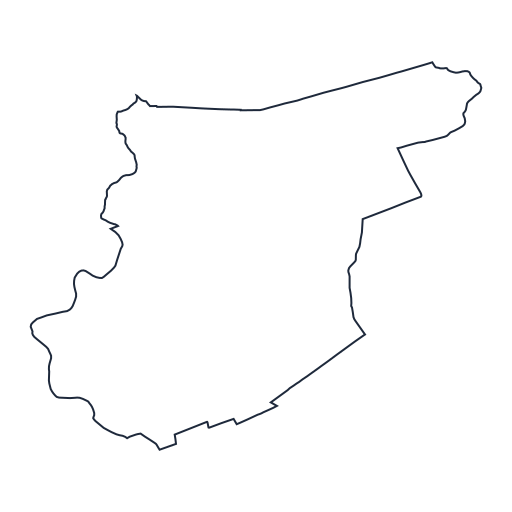 outline of Ghimpeteni, Olt, Romania
{"feature_id": "2599482B72624598391885", "entity_name": "Ghimpeteni", "entity_type": "district", "adm_level": 2, "iso_a3": "ROU", "parent_name": "Romania", "parent_adm1": "Olt", "projection": "robinson", "projection_center": [24.795, 44.293], "detail": "fine", "context": "isolated", "style": "outline", "palette": "slate", "viewbox_px": 512, "rotation_deg": 0, "n_neighbors": 0, "source": "geoboundaries", "source_scale": "gbopen_adm2", "svg_char_len": 5965}
<svg xmlns="http://www.w3.org/2000/svg" viewBox="0 0 512 512"><path d="M365.0,334.5L355.2,320.6L354.1,318.8L353.9,318.1L353.5,317.2L352.8,312.2L352.0,307.5L351.2,306.0L351.4,303.1L351.2,298.1L350.5,292.8L349.6,287.9L349.6,282.6L349.6,276.4L349.1,274.1L348.4,272.0L348.3,270.5L349.0,268.1L350.2,266.5L354.2,262.4L355.4,261.0L355.8,259.8L355.9,255.0L356.1,253.7L357.1,251.6L359.4,246.9L360.1,243.4L360.6,239.2L361.9,232.5L362.7,219.1L391.3,208.2L405.3,202.6L420.9,196.7L421.4,195.8L421.2,194.3L420.9,193.5L420.4,192.4L415.1,183.3L410.2,174.6L408.1,170.7L403.8,161.6L397.6,148.2L401.0,147.5L406.8,145.7L417.1,142.9L418.3,142.6L422.5,142.1L424.8,142.0L426.1,141.5L432.6,140.0L444.5,136.8L446.8,135.9L448.1,134.8L450.2,132.6L451.1,132.1L454.5,130.7L459.0,128.3L462.7,126.1L464.4,124.4L464.9,123.0L465.2,121.3L464.7,118.2L463.8,116.2L463.4,114.9L463.3,113.9L463.5,113.1L464.3,112.3L465.0,111.4L465.5,110.6L465.9,109.7L466.4,107.2L466.9,104.4L467.0,103.6L467.5,102.7L468.0,102.0L469.0,101.0L472.0,98.6L473.6,97.0L476.4,94.7L477.9,93.8L478.9,93.0L479.7,92.2L480.4,91.2L481.2,88.4L481.3,87.8L481.0,86.9L480.8,86.3L480.3,84.4L479.9,83.9L479.2,83.5L478.3,83.0L477.2,81.9L476.7,81.1L476.0,80.4L474.5,79.3L473.1,78.0L471.5,76.2L470.3,74.5L470.0,73.4L469.6,72.5L468.7,71.8L467.4,71.2L464.9,71.1L463.2,71.4L462.7,71.4L459.8,72.2L457.7,72.6L455.8,72.7L453.5,72.2L450.5,71.3L449.1,70.6L448.3,70.1L447.8,69.7L447.4,69.0L447.0,68.4L446.8,68.2L446.5,68.1L445.9,68.1L445.4,68.1L443.7,68.4L440.8,68.4L439.5,68.2L439.0,67.9L436.0,67.4L435.5,67.1L434.9,66.4L433.3,64.0L432.3,62.3L428.2,63.6L423.2,65.1L401.3,71.5L396.8,72.7L388.7,75.1L379.3,77.8L362.9,82.0L346.1,86.9L341.3,88.2L332.2,90.5L323.7,92.7L311.2,96.4L303.0,98.7L301.3,99.3L297.2,100.6L292.0,101.8L284.6,103.5L278.2,105.3L270.2,107.4L263.3,109.4L260.1,110.1L258.6,110.1L240.7,110.3L240.7,109.8L232.9,109.5L230.0,109.5L219.3,109.2L210.5,108.8L201.9,108.4L192.3,107.8L172.6,106.7L157.1,106.9L156.5,106.0L150.0,106.1L149.8,105.8L149.4,105.4L149.0,104.9L148.4,104.4L146.1,101.3L145.0,101.1L144.3,101.1L143.4,100.9L141.7,100.2L141.0,99.7L137.8,96.6L137.0,95.8L136.6,95.6L136.8,96.1L136.9,96.4L137.0,96.8L136.9,98.2L136.8,99.5L136.6,100.4L136.4,101.1L136.0,101.7L134.8,102.8L133.7,103.4L133.4,103.6L132.6,104.6L132.1,104.9L131.3,105.5L129.8,106.9L129.1,107.8L128.3,108.5L127.4,109.1L126.3,109.6L125.4,110.0L123.6,110.5L122.3,111.0L121.8,111.3L120.7,111.6L120.1,111.7L118.6,111.7L117.9,111.7L117.6,112.1L117.0,113.6L116.7,114.4L116.6,116.3L116.8,119.8L116.4,122.8L116.5,123.3L116.8,123.9L116.9,124.7L116.8,125.4L116.6,126.3L116.6,126.8L116.8,127.3L117.2,128.0L118.0,129.1L119.2,131.0L119.4,132.2L119.6,132.7L119.7,133.0L120.3,133.4L121.9,133.7L122.5,133.8L124.0,135.0L124.5,135.5L124.8,135.9L125.4,137.3L125.6,137.6L125.6,138.2L125.6,138.9L125.6,139.4L125.5,139.8L125.4,141.0L125.4,141.9L125.5,142.9L125.7,143.6L126.1,144.2L126.7,145.0L127.8,147.3L128.5,148.3L129.7,149.6L130.1,150.1L130.8,151.2L131.3,151.8L132.0,152.3L132.6,152.8L133.7,153.9L134.1,154.3L134.5,155.1L134.6,155.4L134.6,156.0L134.8,157.5L134.9,158.3L135.2,159.3L135.4,159.9L136.1,162.0L136.3,162.8L136.5,163.8L136.7,164.6L136.5,166.6L136.7,167.8L136.5,168.7L135.9,170.8L135.7,171.4L135.4,171.9L134.5,172.8L133.3,173.6L132.1,174.2L129.5,175.0L128.4,175.1L126.9,175.1L126.0,175.2L123.6,175.9L122.7,176.4L121.9,177.0L121.3,177.5L121.0,177.7L119.8,179.2L119.2,180.0L117.3,181.8L116.7,182.2L116.2,182.4L115.8,182.6L115.2,182.7L113.7,183.2L112.5,183.9L112.0,184.1L111.2,184.9L110.5,185.4L110.2,185.7L109.5,187.0L108.9,188.0L107.3,189.6L107.2,189.9L107.1,190.5L106.8,191.2L106.9,193.6L107.0,195.8L106.8,196.7L106.5,197.3L105.8,198.5L105.7,199.0L105.6,199.3L105.3,199.5L105.2,199.8L105.1,200.1L105.1,201.0L105.0,202.8L105.0,203.8L105.0,204.5L104.7,205.9L104.6,206.4L104.6,207.1L104.6,207.7L104.6,208.3L104.4,208.8L103.8,210.4L103.6,211.1L103.0,212.2L102.4,213.0L101.8,213.5L101.5,213.8L101.5,214.0L101.2,214.7L101.1,215.1L101.0,215.7L101.2,217.9L101.4,218.1L101.8,218.5L102.2,218.8L103.0,219.1L103.6,219.5L104.0,219.6L105.2,220.1L106.0,220.5L106.9,221.1L107.6,221.6L109.2,222.4L110.3,222.9L112.2,223.5L113.3,223.9L113.9,224.1L115.2,224.3L116.5,225.0L117.6,225.6L118.0,226.0L110.7,228.8L111.1,229.1L115.3,232.0L118.6,235.3L120.6,238.8L122.1,242.2L122.6,244.7L122.2,246.3L120.8,248.7L117.1,260.0L115.4,265.7L114.0,267.6L111.0,270.7L107.3,273.8L103.7,276.9L101.9,278.0L99.5,277.9L96.3,277.2L92.6,275.6L89.9,273.7L85.6,271.0L83.5,270.4L81.4,270.6L79.2,271.7L77.2,273.6L74.7,277.6L74.1,280.8L74.0,284.0L74.4,286.9L75.2,290.3L76.1,293.6L76.1,296.6L75.1,299.9L74.0,302.8L72.7,306.0L71.4,308.0L69.8,309.6L67.1,311.1L62.8,311.8L55.7,313.5L46.8,315.4L41.1,317.5L37.0,318.9L34.9,320.7L32.8,322.5L31.2,324.4L30.7,326.8L31.8,329.6L32.5,331.4L32.3,333.3L32.9,335.0L34.3,336.9L37.1,339.3L43.2,344.3L46.3,346.9L48.1,348.9L49.2,351.5L50.3,353.8L51.1,355.7L51.1,358.3L49.6,363.4L49.0,366.2L48.9,369.1L49.2,371.5L49.1,374.3L48.9,380.4L49.3,383.4L50.7,389.0L52.0,391.4L53.4,393.4L55.2,395.5L56.7,396.9L59.1,397.6L70.0,398.1L74.8,397.8L77.2,397.6L79.7,397.8L82.9,398.9L84.8,399.8L86.9,400.8L88.3,401.6L89.3,403.1L90.9,405.1L92.0,406.9L93.1,409.4L94.2,413.0L94.2,415.2L93.6,416.7L93.2,418.1L93.9,419.3L95.4,421.0L103.7,427.9L107.9,430.2L111.5,432.1L116.4,434.3L119.5,435.2L122.7,435.8L125.3,436.9L127.1,438.2L129.7,436.7L135.8,434.6L137.7,434.1L140.6,433.6L144.9,436.6L148.7,439.0L154.2,442.6L155.9,443.8L156.6,444.7L158.3,447.6L159.6,449.7L176.0,443.9L175.4,438.9L174.7,434.6L206.8,421.9L207.2,421.9L207.5,422.4L208.0,424.9L208.2,426.1L208.5,427.5L209.0,427.7L209.4,427.6L221.5,423.1L233.6,418.9L234.3,420.1L235.0,421.3L236.7,424.2L239.8,422.9L247.4,419.5L257.7,414.7L259.8,414.0L261.5,413.3L263.3,412.3L268.7,409.9L273.1,407.9L276.9,405.9L270.8,402.4L287.7,390.1L289.7,388.2L293.8,385.5L295.9,384.0L297.4,383.0L298.9,382.1L302.6,379.3L307.4,376.1L310.4,373.9L318.8,367.9L321.2,366.1L326.8,362.1L337.2,354.4L355.2,341.3L364.2,335.0L365.0,334.5Z" fill="none" stroke="#1e293b" stroke-width="2"/></svg>